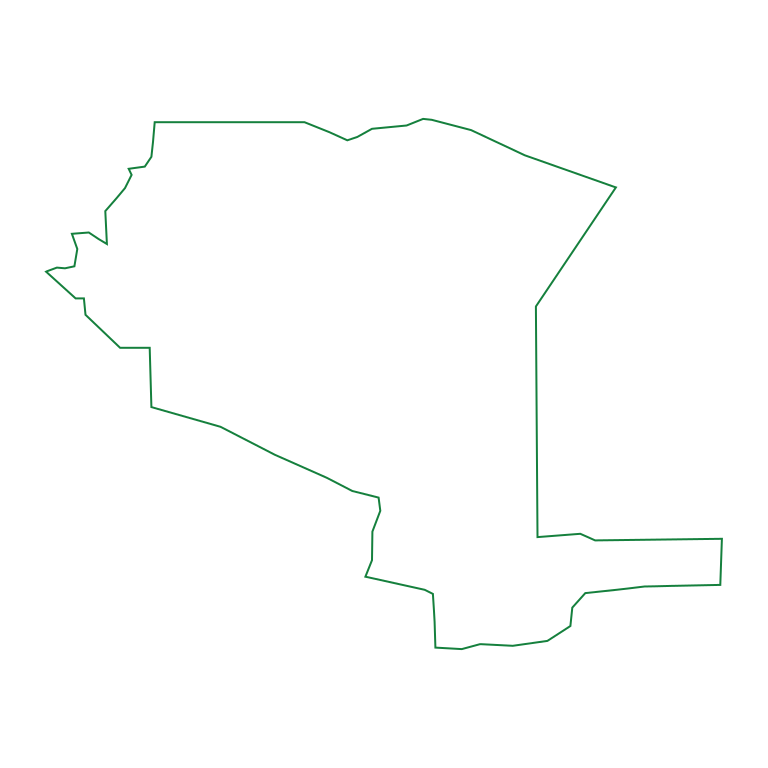 Yoloten, Mary, Turkmenistan
{"feature_id": "10190150B71181095534415", "entity_name": "Yoloten", "entity_type": "district", "adm_level": 2, "iso_a3": "TKM", "parent_name": "Turkmenistan", "parent_adm1": "Mary", "projection": "mercator", "projection_center": [63.056, 37.187], "detail": "fine", "context": "isolated", "style": "outline", "palette": "green", "viewbox_px": 768, "rotation_deg": 0, "n_neighbors": 0, "source": "geoboundaries", "source_scale": "gbopen_adm2", "svg_char_len": 1063}
<svg xmlns="http://www.w3.org/2000/svg" viewBox="0 0 768 768"><path d="M471.1,130.1L431.7,119.8L423.1,118.9L406.6,125.5L372.0,128.8L357.2,137.0L347.3,140.3L329.2,132.1L304.5,122.2L265.8,122.2L223.0,122.2L181.8,122.2L154.7,122.2L153.0,142.0L151.4,156.8L144.8,166.6L128.7,168.8L131.6,174.9L125.0,188.1L116.8,197.9L105.3,211.1L106.9,244.0L98.7,239.1L88.8,232.5L71.9,233.8L77.3,249.0L74.4,266.3L65.0,268.3L56.9,267.6L46.9,271.3L46.1,271.7L75.6,298.4L83.9,298.4L85.5,314.8L120.1,347.8L149.7,347.8L151.4,407.1L220.5,426.8L274.9,454.8L326.8,477.8L352.3,491.0L378.6,497.6L380.3,510.8L372.4,531.6L372.0,560.2L365.4,576.7L424.7,589.8L432.9,593.9L434.0,611.2L434.6,621.9L435.4,647.6L461.8,649.1L479.9,644.2L481.5,644.2L512.8,645.8L547.4,640.9L570.4,626.0L572.3,607.6L585.3,593.1L616.5,589.8L628.0,588.5L644.5,586.5L655.3,586.3L671.3,585.9L671.7,585.9L720.3,584.9L720.3,584.7L721.9,538.8L595.1,540.4L588.9,537.6L580.3,533.8L537.5,537.1L536.8,437.7L535.9,306.6L536.2,306.0L615.9,187.4L613.5,186.6L524.8,155.3L471.1,130.1Z" fill="none" stroke="#15803d" stroke-width="2"/></svg>